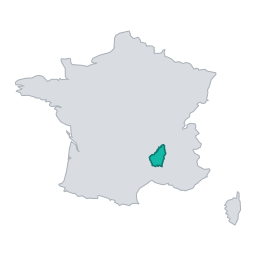 France, with Ardèche highlighted
{"feature_id": "FRA-5267", "entity_name": "Ardèche", "entity_type": "Metropolitan department", "adm_level": 1, "iso_a3": "FRA", "parent_name": "France", "parent_adm1": "", "projection": "natural_earth1", "projection_center": [4.405, 44.824], "detail": "fine", "context": "in_parent", "style": "filled", "palette": "teal", "viewbox_px": 256, "rotation_deg": 0, "n_neighbors": 0, "source": "natural_earth", "source_scale": "10m", "svg_char_len": 5604}
<svg xmlns="http://www.w3.org/2000/svg" viewBox="0 0 256 256"><path d="M208.1,100.2L206.2,101.1L205.1,103.0L203.9,103.4L201.7,103.4L200.6,102.3L198.0,103.0L197.0,104.2L198.6,105.6L193.4,111.5L190.1,113.1L189.4,116.9L185.5,119.8L184.1,122.8L184.0,123.4L185.0,124.4L184.6,126.4L182.6,127.7L182.6,129.0L183.2,129.2L186.2,128.1L187.3,127.0L186.7,125.3L189.8,123.4L195.2,123.9L195.9,126.5L195.2,128.7L199.2,133.5L195.8,135.7L195.6,137.2L199.2,142.0L201.4,144.0L200.3,147.2L196.5,149.3L194.2,149.2L193.1,149.7L193.3,150.7L194.9,153.6L199.0,155.5L199.6,157.7L198.5,158.5L196.7,161.9L197.5,163.5L197.2,164.3L197.6,165.4L198.7,166.5L204.3,169.4L209.4,168.8L210.0,170.5L207.0,174.9L207.2,176.9L205.6,176.9L205.4,177.6L202.2,179.0L197.2,183.5L194.9,184.8L193.9,187.0L192.6,188.3L185.3,190.9L183.9,190.3L180.4,190.3L178.2,188.7L174.0,187.7L172.6,185.4L168.6,184.9L168.4,183.4L162.8,184.8L155.1,182.6L152.3,180.4L150.1,181.0L148.0,183.0L139.6,188.4L136.3,194.0L136.9,200.6L138.8,203.8L133.7,203.3L130.6,204.3L129.8,205.7L122.6,204.0L119.9,205.4L119.1,205.3L118.2,203.9L114.6,202.4L115.2,201.3L114.7,200.3L111.4,199.5L110.2,200.5L109.0,198.6L99.6,195.6L98.1,195.6L97.5,198.6L91.4,198.5L90.6,198.0L86.7,198.6L82.6,195.9L78.0,196.4L75.2,193.5L72.5,193.3L68.6,191.9L66.9,191.1L66.7,190.3L65.5,191.6L64.1,191.3L63.8,190.9L64.7,189.3L65.0,187.5L60.2,186.1L58.9,184.8L58.9,184.1L61.5,183.5L63.9,181.0L66.4,171.8L68.2,160.9L69.4,158.8L70.9,158.3L69.8,156.8L68.3,158.7L69.4,148.8L71.3,141.4L75.2,144.4L76.1,145.7L77.2,150.2L79.5,152.0L78.0,150.2L76.7,144.3L75.8,142.7L69.5,137.7L69.3,136.6L72.1,137.2L71.1,133.5L70.6,125.8L66.7,125.0L60.6,121.7L56.5,115.8L56.1,113.6L57.2,111.3L56.3,109.8L54.5,108.8L56.0,106.8L57.2,106.6L61.7,107.7L58.1,105.8L52.1,106.5L49.8,105.8L49.4,104.4L51.1,102.6L49.1,101.5L45.8,101.8L45.4,101.3L46.4,100.0L45.6,99.6L42.8,100.0L41.2,99.6L39.8,98.2L35.4,97.9L34.4,97.0L28.3,95.3L21.9,95.6L20.2,92.7L16.3,91.3L17.1,90.4L21.1,89.6L21.9,88.7L19.1,87.6L18.1,86.4L23.4,86.1L21.0,84.8L16.0,84.9L15.4,83.2L16.1,81.4L19.1,79.8L26.5,78.1L31.8,78.0L35.7,76.0L39.4,75.4L42.9,76.4L47.6,81.5L51.5,79.3L57.2,79.3L58.3,80.6L59.9,78.3L61.2,79.6L68.1,79.2L66.5,78.3L65.3,76.1L65.2,68.3L61.8,62.6L61.0,60.5L61.3,58.8L65.4,59.1L68.8,58.3L70.5,58.9L70.8,62.5L72.2,64.6L81.7,65.3L87.2,66.4L91.9,64.4L96.3,63.4L96.6,62.9L94.1,63.1L91.8,62.2L91.6,61.3L92.8,58.4L99.5,55.2L109.2,52.6L111.8,50.8L114.7,47.6L114.0,46.8L114.6,38.0L116.0,35.2L119.8,33.1L129.2,31.0L130.3,33.8L130.2,35.3L132.7,37.8L133.9,38.6L138.0,37.2L140.0,39.5L140.6,42.1L145.5,43.2L146.9,46.5L147.8,45.8L150.9,45.9L152.4,46.2L154.4,47.7L153.8,49.7L154.7,50.7L153.8,52.5L154.4,53.3L160.1,53.3L161.8,52.5L162.6,50.6L164.3,49.5L165.0,49.9L163.9,53.3L164.7,54.2L165.1,56.7L167.2,56.9L171.4,58.9L175.0,62.2L179.3,61.7L182.8,63.5L186.3,62.5L189.7,63.5L190.9,64.5L194.0,69.1L196.4,68.2L198.2,68.7L198.7,70.1L205.1,69.3L206.3,70.6L207.6,71.1L215.8,72.8L215.9,74.5L211.3,79.5L209.3,86.6L208.0,89.0L207.5,90.8L207.9,92.1L207.7,94.0L206.7,98.6L207.3,99.9L208.1,100.2ZM239.2,196.3L238.9,199.2L240.1,201.4L240.6,209.9L238.3,214.0L238.0,219.1L235.0,225.0L230.3,222.3L228.9,220.9L230.1,218.6L227.4,217.4L228.0,215.2L227.7,214.1L225.8,213.9L225.7,213.4L227.0,211.7L227.0,210.6L225.2,209.3L224.8,208.1L226.5,206.8L225.7,205.6L224.7,205.3L227.0,201.4L228.7,200.2L232.3,199.2L233.8,197.7L236.2,198.5L236.6,198.1L237.3,192.0L238.1,191.9L238.9,192.7L239.2,196.3ZM69.9,133.9L69.3,135.7L66.9,132.6L66.6,131.0L69.9,133.9Z" fill="#d9dde1" stroke="#a8b0b8" stroke-width="1"/><path d="M164.4,146.1L164.4,146.4L164.5,146.4L164.4,146.8L164.4,147.5L164.4,148.1L164.6,148.9L164.6,149.4L164.6,149.8L164.9,150.0L164.8,150.3L165.0,150.6L165.1,151.0L165.0,151.4L165.0,151.6L165.1,152.0L165.6,152.7L165.7,153.1L165.6,153.4L165.3,154.4L165.2,154.6L164.8,155.0L164.7,155.0L164.7,155.3L164.4,155.5L164.0,155.9L163.9,156.2L163.8,156.5L163.7,157.0L163.8,157.2L164.1,157.8L164.2,158.1L164.0,158.9L163.7,159.5L163.3,160.0L163.0,160.6L162.7,162.6L162.6,162.8L162.3,163.4L162.2,163.5L162.2,163.8L162.1,164.3L162.0,165.6L162.0,166.5L161.2,166.3L160.8,166.1L160.7,166.0L160.6,165.9L160.4,165.8L160.4,165.7L159.8,165.4L159.4,165.4L158.9,165.4L158.7,165.5L158.7,165.9L158.6,166.0L158.3,166.3L158.2,166.3L157.8,166.1L157.7,166.0L157.7,165.8L157.8,165.7L157.8,165.4L157.6,165.3L157.4,165.3L156.9,165.4L156.8,165.5L156.5,165.8L156.0,166.0L155.9,166.1L155.8,166.4L155.6,166.4L155.5,166.5L155.3,166.5L155.1,166.4L154.1,165.8L153.9,165.8L153.7,165.7L153.4,165.5L153.1,165.6L152.9,165.5L152.7,165.5L152.4,165.6L152.2,165.5L152.2,164.9L152.1,164.6L152.1,164.4L152.3,164.2L152.1,163.8L151.9,163.3L151.4,162.9L151.0,161.4L150.8,161.1L150.6,160.7L150.3,160.5L150.1,160.2L149.9,159.6L149.8,158.8L149.6,158.2L149.5,157.9L149.4,157.6L149.5,157.1L149.8,156.9L150.0,156.7L150.7,155.7L150.8,155.6L151.0,155.6L151.4,155.4L151.5,155.4L151.8,155.2L151.9,154.8L152.0,154.8L152.2,154.7L152.6,154.8L153.3,154.6L153.7,154.6L154.0,154.6L154.2,154.3L154.6,153.8L154.7,153.5L154.8,153.3L154.9,153.1L154.9,152.9L155.1,152.8L155.5,152.8L156.0,152.7L156.3,152.4L156.1,152.1L156.2,151.8L156.3,151.6L156.5,151.5L157.0,151.5L157.2,151.4L157.4,151.3L157.4,151.2L157.1,150.8L157.0,150.7L157.3,150.3L157.5,150.1L157.6,149.9L157.4,149.7L157.4,149.4L157.5,149.3L157.9,149.4L158.0,149.5L158.3,149.7L158.5,149.5L158.5,149.4L158.5,149.1L158.6,148.9L158.9,148.3L159.0,148.0L159.1,147.9L159.1,147.7L158.9,147.3L160.9,147.2L161.0,147.2L161.0,146.9L160.9,146.3L161.0,146.1L161.2,145.8L161.5,145.5L162.9,144.8L163.7,144.7L163.8,144.9L163.8,145.3L163.9,145.5L164.2,145.8L164.4,146.0L164.4,146.1Z" fill="#14b8a6" stroke="#0f766e" stroke-width="1.5"/></svg>